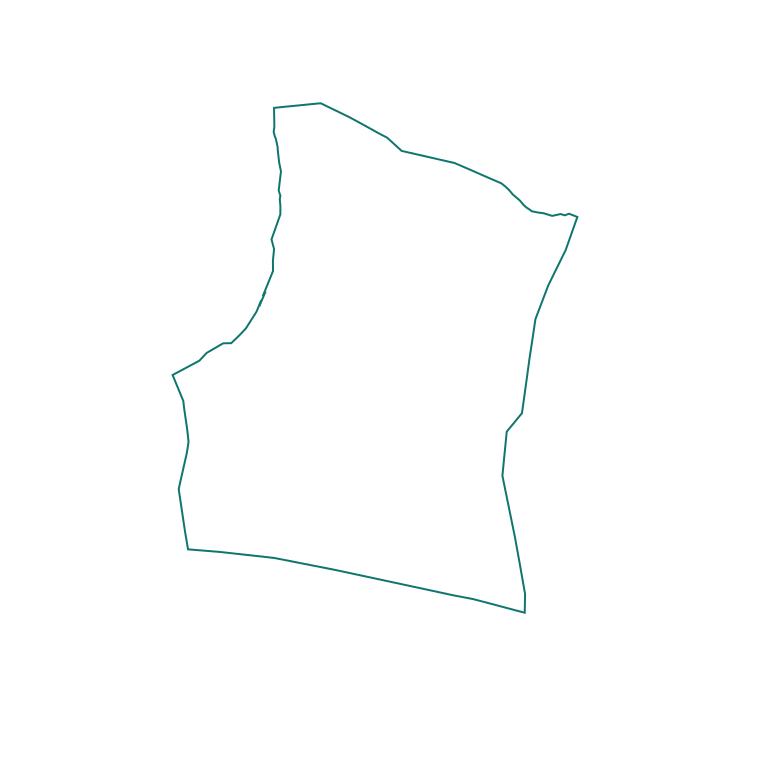 the district of San Pedro Molinos, Oaxaca, Mexico, rotated 303°
{"feature_id": "50627088B87243805311427", "entity_name": "San Pedro Molinos", "entity_type": "district", "adm_level": 2, "iso_a3": "MEX", "parent_name": "Mexico", "parent_adm1": "Oaxaca", "projection": "albers", "projection_center": [-97.543, 17.102], "detail": "fine", "context": "isolated", "style": "outline", "palette": "teal", "viewbox_px": 768, "rotation_deg": 303, "n_neighbors": 0, "source": "geoboundaries", "source_scale": "gbopen_adm2", "svg_char_len": 1366}
<svg xmlns="http://www.w3.org/2000/svg" viewBox="0 0 768 768"><g transform="rotate(303 384 384)"><path d="M629.4,455.2L627.6,446.5L623.9,443.7L622.7,439.5L616.6,433.5L614.2,425.0L611.8,420.0L609.3,413.7L609.6,411.9L609.6,407.3L610.1,403.9L611.9,397.9L613.1,388.8L614.8,383.2L615.7,378.4L616.2,373.3L614.5,363.1L613.3,356.0L611.6,345.6L607.8,323.0L599.7,300.8L589.1,271.9L592.3,252.5L591.3,242.3L591.1,239.0L590.5,230.2L588.9,209.6L588.2,203.9L585.0,178.2L583.1,175.6L565.8,154.0L562.2,149.4L561.9,149.1L555.7,141.4L552.4,143.6L540.1,151.9L535.3,154.2L532.4,157.3L530.7,159.8L524.5,166.0L522.3,167.5L512.7,175.4L506.2,181.8L501.5,184.1L488.9,190.3L485.4,194.6L482.3,195.9L476.8,200.2L469.8,204.7L444.0,210.9L437.3,218.3L426.9,223.7L418.3,229.4L393.7,234.1L394.8,234.7L384.0,236.6L384.7,235.9L375.3,237.7L365.6,237.8L355.2,237.9L344.2,235.8L335.0,233.6L330.8,227.3L329.5,226.4L313.4,218.3L303.1,216.5L276.4,201.8L265.2,218.1L260.4,225.0L255.1,229.3L239.4,243.1L229.2,251.5L223.5,254.1L218.3,256.4L200.6,262.9L188.7,267.3L184.0,269.1L152.2,297.2L138.6,309.7L153.7,337.7L178.3,386.7L201.5,444.4L244.6,557.4L252.2,576.0L268.8,626.6L284.7,616.7L306.8,596.1L327.4,576.7L371.5,533.3L395.6,520.8L410.9,512.9L434.7,515.6L466.7,500.6L484.3,492.3L500.9,484.8L520.8,475.7L529.6,473.8L555.9,468.1L595.3,463.4L629.4,455.2Z" fill="none" stroke="#0f766e" stroke-width="2"/></g></svg>